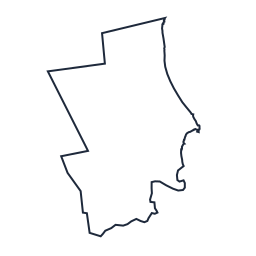 outline of Juan L. Lacaze, Colonia, Uruguay, rotated 260°
{"feature_id": "84410073B83500791837545", "entity_name": "Juan L. Lacaze", "entity_type": "district", "adm_level": 2, "iso_a3": "URY", "parent_name": "Uruguay", "parent_adm1": "Colonia", "projection": "albers", "projection_center": [-57.44, -34.396], "detail": "fine", "context": "isolated", "style": "outline", "palette": "slate", "viewbox_px": 256, "rotation_deg": 260, "n_neighbors": 0, "source": "geoboundaries", "source_scale": "gbopen_adm2", "svg_char_len": 2040}
<svg xmlns="http://www.w3.org/2000/svg" viewBox="0 0 256 256"><g transform="rotate(260 128 128)"><path d="M31.4,72.0L26.1,82.3L28.1,84.9L30.8,87.8L32.3,94.1L34.8,98.9L32.7,106.3L33.4,110.8L35.5,115.0L37.0,120.4L35.6,122.4L34.2,124.3L32.4,127.8L33.1,130.9L35.7,132.6L40.1,136.7L38.9,139.5L39.6,142.3L41.5,141.8L44.3,140.6L50.2,141.1L51.3,137.3L53.7,137.3L59.6,140.2L64.7,140.8L70.6,141.9L70.8,145.3L69.8,150.0L64.9,155.7L60.4,161.8L57.7,166.6L57.4,171.4L59.4,173.6L63.9,174.4L66.8,173.6L66.3,169.4L68.2,167.6L73.2,168.0L77.5,169.9L80.9,176.2L82.8,175.7L85.2,175.6L87.3,175.8L91.1,175.7L94.2,175.9L97.9,176.7L98.3,177.1L98.0,177.4L98.7,177.7L99.7,177.8L100.3,177.9L100.6,178.2L102.1,179.4L102.6,180.0L102.7,180.3L102.8,180.6L102.8,180.8L103.8,180.2L104.6,180.1L105.3,180.4L105.5,180.7L106.7,181.1L106.7,181.5L108.5,182.3L109.5,182.8L109.9,183.2L110.4,183.4L111.6,184.1L112.7,185.4L113.2,186.8L113.4,187.4L113.4,188.5L114.2,190.7L114.5,191.5L114.8,192.2L114.6,192.2L114.9,193.2L115.3,194.1L114.8,194.8L114.4,195.4L114.1,195.9L114.1,196.0L113.8,196.3L113.6,196.1L113.4,196.2L112.4,195.5L111.8,196.7L111.7,196.9L112.9,197.0L114.1,197.3L114.0,197.8L114.2,198.1L114.9,198.4L115.6,198.4L116.4,198.6L117.3,198.7L117.9,198.7L118.1,198.6L118.3,198.4L118.4,197.2L119.4,196.8L120.6,196.4L123.0,196.0L125.2,195.0L127.7,194.2L128.9,194.2L129.5,194.4L129.9,194.5L130.1,194.6L130.8,193.0L131.0,193.0L132.6,192.3L138.8,188.8L143.9,186.0L151.3,183.0L159.0,180.1L166.6,177.8L174.2,176.1L181.8,175.3L187.9,175.6L193.0,176.7L195.6,177.0L197.8,177.2L198.6,177.5L200.2,177.5L201.4,178.2L209.9,178.5L213.9,178.5L215.8,178.5L217.7,178.8L218.8,178.8L220.0,178.8L221.5,179.2L222.7,179.6L223.4,179.7L224.2,179.9L224.4,180.3L224.2,180.6L224.4,181.1L225.0,181.2L225.3,180.9L226.2,181.6L226.4,182.3L226.8,182.3L227.2,182.2L227.6,182.0L228.4,182.4L228.4,182.8L228.8,183.0L229.6,183.2L229.9,183.5L225.9,118.9L195.4,116.4L197.7,58.9L115.9,83.6L112.4,84.6L111.8,57.3L94.3,60.7L74.1,70.4L52.5,68.9L51.2,72.7L31.4,72.0Z" fill="none" stroke="#1e293b" stroke-width="2"/></g></svg>